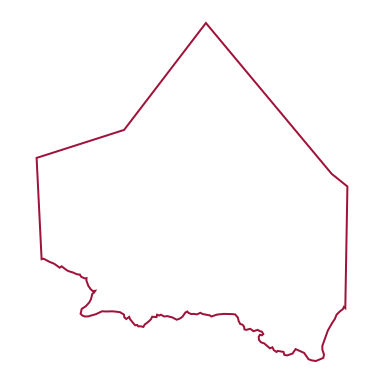 Ngereklengon, Palau (Albers equal-area conic projection)
{"feature_id": "81905179B38855830052729", "entity_name": "Ngereklengon", "entity_type": "district", "adm_level": 2, "iso_a3": "PLW", "parent_name": "Palau", "parent_adm1": "", "projection": "albers", "projection_center": [134.514, 7.51], "detail": "fine", "context": "isolated", "style": "outline", "palette": "rose", "viewbox_px": 384, "rotation_deg": 0, "n_neighbors": 0, "source": "geoboundaries", "source_scale": "gbopen_adm2", "svg_char_len": 1778}
<svg xmlns="http://www.w3.org/2000/svg" viewBox="0 0 384 384"><path d="M205.9,23.0L124.1,129.9L36.6,157.9L41.6,259.2L43.6,258.7L49.4,261.8L54.1,263.7L56.7,265.5L59.6,267.7L61.6,266.3L64.1,268.2L67.2,270.5L69.6,271.5L73.0,272.5L75.6,273.7L78.0,274.5L79.8,274.5L81.1,276.7L84.6,278.4L86.5,278.1L86.4,280.5L87.4,283.3L88.4,286.0L90.6,289.1L92.7,291.1L95.2,290.8L93.9,292.8L92.3,293.9L91.5,297.2L90.8,299.6L89.2,302.5L87.4,304.5L85.7,306.3L83.7,307.6L81.7,308.9L80.6,313.8L82.3,315.5L84.9,316.5L88.3,316.4L91.2,315.5L95.9,314.2L102.0,311.3L106.6,311.5L112.2,311.3L116.3,311.7L120.0,312.2L124.0,314.6L124.3,317.3L126.3,319.0L129.2,316.9L130.0,319.1L133.0,322.8L135.2,325.3L137.3,325.0L138.3,326.4L140.6,326.3L143.4,326.9L144.8,324.4L146.7,323.1L149.1,321.1L151.0,319.2L152.2,316.7L156.5,317.1L157.1,314.7L159.3,315.5L160.9,314.7L164.1,316.5L167.6,316.1L169.4,316.7L172.1,317.3L176.7,319.7L179.6,318.7L182.4,316.8L185.4,312.5L187.3,311.5L188.3,312.8L191.1,314.0L193.8,313.9L197.0,314.4L200.3,312.8L202.7,314.0L206.1,314.7L209.9,315.4L211.3,316.5L217.0,314.6L223.5,313.9L228.2,314.0L231.8,314.1L235.1,314.4L236.3,315.8L237.9,317.6L238.6,320.9L240.2,324.0L242.5,324.7L244.1,326.7L244.4,329.3L246.1,329.9L250.0,328.8L251.7,329.8L253.4,331.2L257.7,329.9L259.7,331.1L261.9,331.7L263.3,334.1L261.9,335.3L259.9,334.8L258.7,336.9L259.0,339.9L260.8,342.2L264.4,343.5L269.9,348.3L272.4,347.3L273.8,350.1L276.5,352.0L277.7,350.9L283.5,351.9L284.4,354.9L287.1,355.4L292.5,353.6L295.6,349.1L304.1,352.9L308.5,359.2L311.4,360.3L315.8,361.0L320.7,359.0L323.3,357.9L324.0,354.6L322.4,349.8L322.3,346.1L323.9,341.5L327.9,330.4L331.9,323.4L334.8,319.0L336.6,314.6L339.9,311.4L343.0,309.0L343.9,306.9L345.3,308.1L347.4,186.5L331.6,173.8L205.9,23.0Z" fill="none" stroke="#9f1239" stroke-width="2"/></svg>